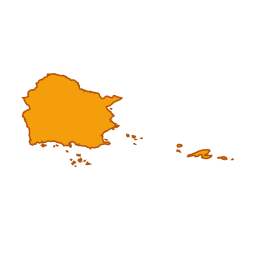 outline of Mueang Krabi, Krabi, Thailand, rotated 277°
{"feature_id": "78962969B35489784077256", "entity_name": "Mueang Krabi", "entity_type": "district", "adm_level": 2, "iso_a3": "THA", "parent_name": "Thailand", "parent_adm1": "Krabi", "projection": "equal_earth", "projection_center": [98.827, 7.974], "detail": "fine", "context": "isolated", "style": "filled", "palette": "amber", "viewbox_px": 256, "rotation_deg": 277, "n_neighbors": 0, "source": "geoboundaries", "source_scale": "gbopen_adm2", "svg_char_len": 5825}
<svg xmlns="http://www.w3.org/2000/svg" viewBox="0 0 256 256"><g transform="rotate(277 128 128)"><path d="M99.6,35.8L100.4,36.0L100.5,37.0L101.0,37.5L100.7,38.2L100.9,38.6L102.6,39.1L102.9,39.7L102.3,41.6L103.1,44.3L103.8,44.3L103.2,44.8L103.8,47.7L105.2,49.7L105.5,51.1L105.2,52.6L106.1,57.0L105.2,59.0L104.8,62.5L104.9,63.3L104.0,65.1L102.7,66.2L103.4,71.2L102.9,72.4L102.0,73.2L102.3,73.7L104.0,73.7L104.5,71.5L104.9,71.2L105.8,71.4L106.1,71.7L105.9,72.8L107.2,72.9L107.4,73.4L107.7,75.2L107.4,75.3L106.2,77.9L105.8,78.3L105.2,78.1L105.1,80.0L105.7,80.8L104.6,80.8L104.9,82.7L104.7,83.8L104.8,89.0L103.9,90.2L103.9,91.5L103.1,93.2L103.5,93.1L104.4,94.6L104.1,97.0L105.1,98.9L105.4,100.5L107.8,102.6L108.4,103.7L108.5,104.6L109.2,105.9L109.5,106.9L109.2,107.6L109.4,108.5L109.2,109.8L109.4,111.3L110.5,112.0L110.9,111.3L111.6,111.0L111.6,110.1L111.2,109.2L111.2,105.4L114.8,103.8L116.8,104.0L117.1,103.4L117.0,103.1L116.9,103.4L117.0,103.1L117.5,102.7L118.0,103.4L119.7,104.0L122.0,105.8L122.1,106.3L121.8,106.5L122.1,107.0L124.6,109.9L125.5,111.3L125.4,112.8L124.8,113.3L124.9,113.7L125.2,114.1L125.6,113.9L126.1,113.0L126.8,113.4L127.6,115.5L127.6,115.9L127.1,116.2L128.5,118.2L129.1,118.5L129.0,117.7L129.4,117.3L129.0,116.4L128.5,116.5L128.7,115.4L129.7,114.6L130.5,114.7L130.7,115.3L130.9,114.8L130.6,114.6L130.6,114.1L131.6,112.5L132.4,111.7L132.3,110.6L132.7,110.7L133.0,109.7L133.7,109.5L133.9,109.8L134.0,109.2L134.3,109.1L135.2,109.5L138.1,111.9L138.3,112.5L138.9,111.6L139.5,111.6L139.5,110.7L140.5,110.2L141.4,108.8L142.1,108.8L142.6,107.8L142.9,106.3L143.6,106.2L144.1,105.2L146.5,103.8L147.9,107.2L150.8,110.0L151.5,110.3L156.0,117.5L157.0,118.2L157.5,113.8L158.3,111.5L158.3,109.7L156.3,109.0L156.1,108.1L156.4,105.8L157.0,104.2L156.8,102.2L154.5,100.3L154.0,98.9L154.8,97.4L156.1,96.1L158.0,95.3L158.9,94.0L158.7,92.9L159.2,91.6L158.4,90.5L159.1,90.0L159.4,88.6L159.4,87.1L158.9,86.9L159.3,86.5L159.1,86.2L159.7,86.0L159.2,83.3L159.5,83.1L159.9,81.4L159.9,80.9L159.6,80.6L160.0,80.7L160.2,80.4L160.2,78.4L160.7,78.3L161.0,77.7L160.7,76.8L160.9,75.5L162.3,74.5L163.7,74.7L164.2,74.4L164.9,73.2L165.4,73.5L166.4,73.2L166.1,72.7L167.1,71.9L167.3,71.1L167.8,70.9L169.0,68.6L168.8,66.7L168.5,66.3L168.8,65.9L168.6,65.2L169.7,64.2L170.0,62.3L170.6,61.4L170.6,60.6L171.1,60.5L170.9,60.1L171.5,59.9L172.3,57.1L172.0,57.0L171.8,56.0L171.8,53.7L172.1,53.3L171.8,52.1L172.3,51.4L172.4,50.2L172.7,49.5L172.6,48.4L172.8,48.1L172.4,47.3L172.4,45.9L172.1,45.4L172.0,44.3L171.3,43.9L171.1,43.1L171.9,42.5L171.8,41.9L171.1,41.5L170.5,42.0L170.4,41.7L169.4,41.6L168.5,40.3L168.0,38.9L166.4,37.9L165.9,36.8L165.6,36.9L165.6,36.1L165.0,35.5L164.9,34.8L164.0,33.9L162.2,33.3L161.4,32.2L161.4,31.6L160.9,31.4L160.2,32.2L159.6,32.1L159.2,32.7L158.5,32.7L157.1,32.2L156.3,31.3L154.7,30.5L154.4,30.0L154.5,29.2L153.9,28.7L153.8,26.6L151.8,24.8L150.1,24.4L147.1,25.3L145.6,22.4L145.2,20.0L144.1,21.3L142.9,21.7L138.9,24.8L138.4,26.8L136.1,27.9L134.4,28.1L133.6,26.0L132.9,25.3L132.0,23.7L130.9,23.5L130.9,22.4L126.7,21.8L126.3,22.7L125.8,23.1L125.6,24.1L124.0,24.2L123.6,24.7L123.5,25.3L122.4,24.9L122.1,25.5L120.4,26.7L117.5,27.9L117.1,27.6L116.4,29.1L114.9,30.2L110.8,30.9L108.9,30.8L105.5,32.3L104.5,32.3L104.7,32.6L104.2,33.2L103.9,33.0L103.8,32.3L103.3,32.5L102.6,31.8L100.1,33.0L99.8,33.8L99.6,35.8ZM115.4,205.4L113.4,200.6L112.2,199.1L109.8,194.7L108.5,191.5L107.8,190.8L107.0,190.6L107.0,191.9L107.5,192.5L108.8,196.6L108.7,197.8L107.8,198.3L107.8,198.7L108.4,200.7L109.9,202.4L110.5,204.2L110.2,204.7L109.4,204.8L108.8,205.4L107.8,204.8L107.3,205.9L107.2,209.5L108.2,212.0L110.1,214.3L111.0,214.3L110.6,212.4L110.5,210.1L110.0,208.2L110.5,207.5L110.9,207.6L111.3,208.9L112.3,210.3L114.3,211.1L115.0,212.0L116.0,211.4L116.3,209.8L115.7,208.3L115.4,205.4ZM111.1,227.5L111.1,226.2L110.4,224.6L109.4,220.3L109.2,221.0L109.6,224.0L108.5,226.3L109.4,227.1L108.5,228.3L109.3,229.9L109.5,229.9L109.7,229.3L110.5,229.0L111.1,227.5ZM116.5,179.1L115.5,179.4L115.4,181.0L116.1,182.9L117.1,183.7L117.9,182.7L117.9,180.5L117.4,179.6L116.5,179.1ZM120.9,133.4L120.6,133.2L120.1,133.6L119.4,133.6L119.0,134.7L119.1,135.2L119.9,135.6L120.1,136.4L120.5,136.3L120.7,135.3L120.9,133.4ZM121.4,127.7L120.3,127.8L119.4,128.6L119.8,129.3L119.7,129.8L120.4,129.9L121.4,129.1L121.4,127.7ZM87.6,91.7L87.0,91.1L86.8,92.1L87.6,94.4L88.0,92.9L89.0,92.1L88.4,91.6L87.6,91.7ZM112.1,179.6L111.1,179.5L111.2,181.3L110.7,182.6L111.3,182.3L111.8,181.4L112.1,179.6ZM91.1,84.7L90.7,84.3L90.3,85.0L90.3,85.8L91.1,85.8L92.1,84.7L91.7,84.3L91.1,84.7ZM87.4,79.9L88.2,78.8L88.2,78.2L87.7,77.9L87.4,78.5L86.7,78.9L86.7,79.3L87.4,79.9ZM95.2,82.5L94.3,82.9L94.5,83.8L95.7,83.6L95.2,82.5ZM101.6,45.5L100.4,44.4L100.2,46.0L100.9,45.9L101.2,46.3L101.6,45.5ZM85.6,78.0L86.4,77.7L86.1,76.7L85.8,76.7L85.1,77.6L85.6,78.0ZM99.6,45.2L99.1,45.4L99.3,46.6L99.8,46.7L100.2,46.0L99.6,45.2ZM90.4,83.7L90.7,82.9L90.0,82.6L89.8,83.5L90.4,83.7ZM95.4,81.4L95.5,80.6L94.8,80.7L94.7,81.3L95.4,81.4ZM97.6,69.8L97.1,70.3L97.2,71.0L97.8,70.5L97.6,69.8ZM90.0,75.3L89.8,75.0L89.1,75.6L89.6,76.0L90.0,75.3ZM102.0,60.3L102.3,59.3L102.1,59.2L101.6,59.9L102.0,60.3ZM100.8,48.7L100.9,48.0L100.4,47.3L100.5,48.7L100.8,48.7ZM88.9,83.5L88.5,84.4L88.7,85.0L89.1,83.7L88.9,83.5ZM83.8,80.2L83.2,79.9L83.7,80.5L83.8,80.2ZM145.0,109.3L145.2,108.9L145.0,108.5L144.7,109.0L145.0,109.3ZM117.7,136.3L117.4,136.4L117.6,137.1L117.8,136.6L117.7,136.3ZM109.7,236.0L109.9,235.5L109.4,235.1L109.5,235.8L109.7,236.0ZM101.2,57.2L100.9,56.8L100.6,56.7L100.6,57.2L101.2,57.2ZM113.8,108.5L113.8,107.7L113.7,107.6L113.4,108.5L113.8,108.5ZM90.2,89.3L89.8,88.6L89.7,88.7L89.7,89.1L90.2,89.3ZM119.4,142.4L119.3,142.7L119.4,143.1L119.7,143.0L119.4,142.4ZM112.9,136.8L113.2,136.4L113.1,136.0L112.9,136.1L112.9,136.8ZM113.8,106.8L113.9,106.4L113.7,106.1L113.8,106.8Z" fill="#f59e0b" stroke="#b45309" stroke-width="1.5"/></g></svg>